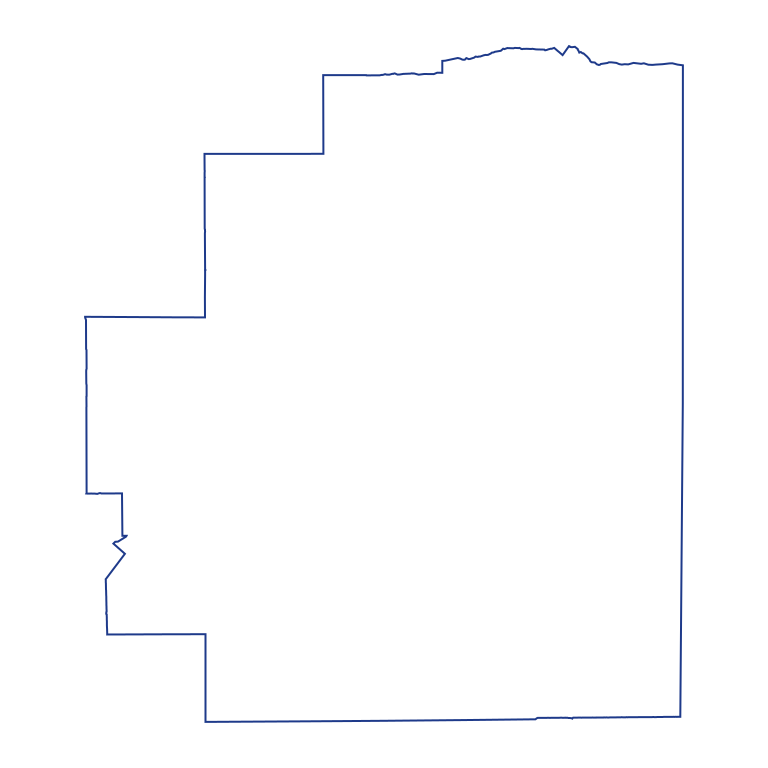 Southern Mallee, South Australia, Australia (Equal Earth projection)
{"feature_id": "25037944B47874528632088", "entity_name": "Southern Mallee", "entity_type": "district", "adm_level": 2, "iso_a3": "AUS", "parent_name": "Australia", "parent_adm1": "South Australia", "projection": "equal_earth", "projection_center": [140.616, -35.367], "detail": "fine", "context": "isolated", "style": "outline", "palette": "blue", "viewbox_px": 768, "rotation_deg": 0, "n_neighbors": 0, "source": "geoboundaries", "source_scale": "gbopen_adm2", "svg_char_len": 5767}
<svg xmlns="http://www.w3.org/2000/svg" viewBox="0 0 768 768"><path d="M682.9,65.3L677.6,64.6L672.4,63.3L669.4,63.4L662.6,64.2L655.7,64.6L652.5,64.9L648.3,64.7L643.9,63.3L641.1,63.8L633.5,62.9L628.2,64.4L624.7,64.2L621.8,64.6L619.2,64.1L616.4,62.9L611.1,62.3L608.9,62.3L607.4,63.0L600.8,64.0L600.0,64.7L598.9,65.0L596.8,64.3L594.8,62.5L591.5,62.2L590.4,61.3L589.4,59.2L587.1,56.6L583.4,53.3L582.5,53.3L580.8,52.0L579.3,52.6L578.3,50.3L577.8,49.8L577.7,49.0L574.9,46.8L572.1,47.2L570.2,47.0L569.8,46.4L569.0,46.1L562.6,55.1L558.8,51.8L557.9,51.1L554.2,47.9L551.6,48.8L550.8,48.7L548.2,49.4L546.9,49.9L545.1,50.3L544.3,49.6L536.1,49.4L532.3,48.8L531.2,49.0L526.8,48.8L523.1,48.9L522.4,49.1L521.3,49.0L520.7,48.5L519.4,47.9L518.7,48.1L514.8,47.9L513.5,48.3L507.7,48.1L507.4,48.0L504.5,49.1L503.2,48.7L500.8,50.8L494.8,51.8L493.7,52.4L491.7,52.7L490.6,53.7L489.4,54.1L488.6,54.7L487.0,55.0L485.3,54.9L484.3,55.2L484.0,55.2L480.3,56.5L478.8,56.5L477.9,56.9L475.5,56.6L474.2,57.6L469.9,59.0L468.6,59.1L466.5,58.1L465.8,58.5L465.3,59.4L464.1,59.8L462.3,59.6L460.3,58.6L457.8,58.0L445.2,60.7L442.3,60.9L442.3,72.8L437.2,72.7L433.8,74.1L424.1,74.0L418.7,74.7L413.8,73.4L413.0,73.6L411.9,73.3L410.7,73.6L403.4,73.9L399.7,74.5L397.5,74.6L395.0,73.5L394.3,73.4L393.2,73.9L392.4,73.8L389.3,74.7L386.5,74.6L385.3,74.2L384.9,74.2L383.6,74.7L382.0,75.0L381.6,74.9L379.8,75.3L366.5,75.4L366.1,75.1L365.8,75.2L364.8,75.1L364.2,75.1L323.2,75.1L323.4,153.8L286.5,153.9L261.9,153.9L232.5,153.9L204.5,153.9L204.6,169.9L204.6,170.0L204.7,170.4L204.7,170.8L204.7,171.7L204.6,172.6L204.6,173.0L204.6,173.9L204.6,174.4L204.6,175.1L204.6,175.6L204.6,176.8L204.8,177.2L204.6,177.4L204.7,228.9L204.8,229.0L205.0,229.5L205.0,230.8L205.1,231.5L205.0,232.0L205.0,232.4L204.9,232.9L204.9,234.1L204.9,234.6L204.9,235.2L204.9,235.5L205.0,252.8L205.1,268.7L205.1,269.0L205.3,269.5L205.2,269.5L205.0,269.9L205.1,271.0L205.1,275.4L204.9,297.2L205.0,317.4L171.8,317.3L139.0,317.1L85.1,316.8L85.1,317.4L85.3,318.1L85.6,318.9L85.9,319.6L86.0,320.1L86.1,349.1L86.5,350.0L86.6,368.8L86.3,369.6L86.3,370.1L86.2,370.6L86.2,371.7L86.3,382.5L86.3,383.3L86.4,384.1L86.6,385.2L86.6,396.2L86.4,396.4L86.5,406.8L86.4,407.1L86.6,492.4L86.6,493.0L86.5,493.3L86.4,493.5L87.4,493.6L88.1,493.6L88.7,493.6L89.2,493.6L89.7,493.6L90.0,493.6L91.2,493.5L91.5,493.5L92.1,493.6L92.7,493.6L93.7,493.6L95.0,493.6L95.4,493.7L96.7,493.8L97.1,493.9L97.5,493.8L98.4,493.5L99.6,493.1L99.8,493.1L100.0,493.1L100.7,493.2L101.1,493.4L101.4,493.5L122.0,493.4L122.4,535.8L126.5,535.8L126.2,536.4L125.8,536.8L125.3,537.1L124.7,537.5L124.3,537.7L118.5,541.3L118.0,541.6L115.2,541.8L113.4,543.6L124.9,553.8L105.9,579.0L105.7,579.2L105.8,580.2L105.8,580.8L105.8,582.4L105.9,583.3L106.0,589.6L106.1,590.4L106.2,595.2L106.3,596.7L106.3,597.4L106.3,598.6L106.3,599.3L106.4,602.9L106.4,603.5L106.4,604.8L106.5,606.8L106.5,608.3L106.6,610.5L106.6,611.8L106.3,612.1L106.3,612.6L106.2,613.9L106.3,614.1L106.7,614.4L106.7,615.0L106.8,617.4L106.8,619.2L106.8,619.7L106.9,621.4L106.9,621.9L106.9,622.2L106.9,623.9L106.9,624.6L106.9,625.3L107.0,627.6L107.1,629.2L107.1,630.0L107.2,633.2L107.2,634.5L161.6,634.3L205.5,634.2L205.5,664.4L205.5,721.9L295.1,721.4L342.3,721.1L384.2,720.8L460.6,720.1L535.5,719.3L536.2,718.7L536.9,718.2L537.4,718.0L537.6,717.9L538.7,717.9L539.8,717.9L540.7,717.9L541.0,717.9L542.2,717.9L542.7,717.9L543.9,717.9L544.5,717.9L545.3,717.9L545.8,717.9L546.2,717.9L546.5,717.9L547.2,717.8L547.9,717.8L548.9,717.8L550.0,717.9L550.9,717.8L552.0,717.8L552.5,717.8L553.6,717.8L554.3,717.8L555.2,717.8L555.6,717.8L556.5,717.8L557.6,717.8L558.6,717.8L559.2,717.8L560.5,717.7L561.6,717.7L562.5,717.8L563.7,717.8L564.0,717.8L565.1,717.7L565.5,717.8L565.9,717.7L566.4,717.8L566.6,717.8L567.1,717.7L567.6,717.8L568.4,718.0L569.2,718.0L570.0,718.0L570.6,718.1L571.5,718.2L572.3,718.6L572.7,718.0L573.1,717.7L573.6,717.7L574.1,717.7L574.5,717.7L575.7,717.7L576.3,717.7L577.0,717.7L578.0,717.6L579.9,717.6L580.6,717.6L580.9,717.6L581.4,717.7L582.3,717.6L583.3,717.6L584.0,717.6L584.5,717.6L586.1,717.6L587.0,717.6L587.5,717.6L588.3,717.6L589.0,717.6L589.7,717.6L590.0,717.6L590.5,717.6L590.9,717.6L591.0,717.6L591.3,717.6L591.6,717.6L591.9,717.6L592.1,717.6L592.5,717.5L593.4,717.6L594.5,717.6L595.8,717.6L596.1,717.5L596.4,717.6L597.1,717.5L597.3,717.5L597.7,717.5L597.9,717.5L598.6,717.5L599.3,717.5L599.5,717.5L600.4,717.5L601.0,717.5L601.8,717.5L602.3,717.5L602.7,717.5L602.9,717.5L603.0,717.5L603.3,717.5L603.7,717.5L603.9,717.4L605.0,717.5L605.4,717.5L606.5,717.4L607.4,717.5L607.7,717.5L608.0,717.5L609.0,717.5L610.0,717.4L610.9,717.4L612.1,717.4L612.6,717.4L613.6,717.4L614.9,717.4L615.3,717.4L616.4,717.4L616.7,717.3L617.5,717.3L618.2,717.3L619.4,717.3L619.6,717.3L619.9,717.3L620.2,717.3L621.1,717.3L621.5,717.2L622.7,717.3L623.9,717.3L624.7,717.3L625.9,717.3L626.2,717.2L626.8,717.2L627.3,717.3L628.4,717.2L628.7,717.2L629.2,717.2L629.9,717.2L630.6,717.2L631.5,717.2L632.0,717.2L633.0,717.2L633.7,717.2L634.1,717.2L635.1,717.2L635.9,717.2L636.7,717.2L636.9,717.2L637.4,717.2L637.7,717.2L637.9,717.2L638.5,717.1L639.0,717.1L639.8,717.1L640.6,717.1L641.6,717.1L642.7,717.1L642.9,717.1L644.2,717.1L644.8,717.1L645.4,717.1L646.6,717.1L647.0,717.1L647.9,717.1L649.0,717.1L649.5,717.1L650.0,717.1L650.4,717.1L651.5,717.1L652.3,717.1L653.0,717.0L653.6,717.0L653.9,717.1L655.8,717.1L656.4,717.1L657.1,717.0L658.5,717.0L661.4,717.0L662.1,717.0L662.6,717.0L663.5,716.9L664.3,716.9L665.4,716.9L666.4,716.9L667.4,716.9L668.6,716.9L669.0,716.9L669.6,716.9L670.0,716.9L670.3,716.9L670.5,716.9L670.8,716.9L672.0,716.9L672.6,716.9L673.6,716.8L674.4,716.9L675.2,716.8L675.7,716.8L676.3,716.8L676.7,716.9L677.7,716.8L678.5,716.8L679.4,716.8L679.9,716.8L680.3,716.8L682.8,403.8L682.8,392.0L682.9,65.3Z" fill="none" stroke="#1e3a8a" stroke-width="2"/></svg>